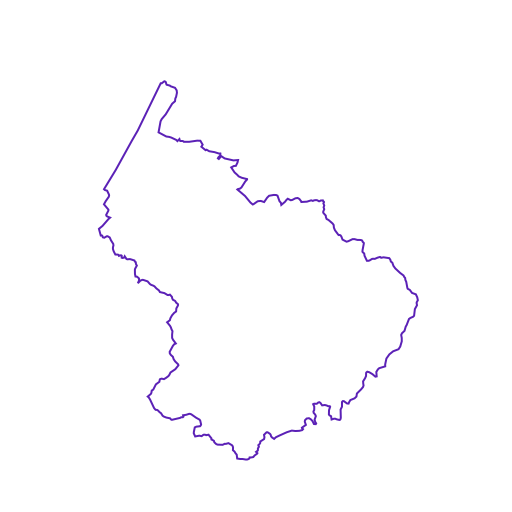 outline of Quang Ninh, Quảng Bình, Vietnam, rotated 254°
{"feature_id": "81297802B18152468964479", "entity_name": "Quang Ninh", "entity_type": "district", "adm_level": 2, "iso_a3": "VNM", "parent_name": "Vietnam", "parent_adm1": "Quảng Bình", "projection": "albers", "projection_center": [106.503, 17.253], "detail": "fine", "context": "isolated", "style": "outline", "palette": "violet", "viewbox_px": 512, "rotation_deg": 254, "n_neighbors": 0, "source": "geoboundaries", "source_scale": "gbopen_adm2", "svg_char_len": 6039}
<svg xmlns="http://www.w3.org/2000/svg" viewBox="0 0 512 512"><g transform="rotate(254 256 256)"><path d="M75.2,223.0L76.3,225.2L77.0,229.3L78.1,237.0L78.3,242.3L76.9,245.6L76.0,249.5L75.9,252.4L76.6,253.5L77.8,252.8L78.3,252.8L79.9,257.4L83.2,257.2L84.6,257.8L85.8,259.9L85.5,262.2L83.9,263.7L81.8,264.8L78.5,265.4L77.9,267.1L78.5,267.7L80.2,267.2L82.5,267.2L85.6,269.4L87.2,269.2L89.4,268.2L90.8,268.4L91.9,269.5L95.2,270.5L97.8,270.1L98.0,271.2L97.3,273.2L97.3,274.0L98.0,275.4L98.0,276.6L97.1,277.4L94.2,278.4L93.8,281.1L92.8,282.8L91.7,284.0L91.3,285.5L90.6,285.7L87.7,283.7L83.6,282.4L82.6,282.7L81.3,284.0L78.0,283.6L78.1,286.1L77.8,287.2L76.6,288.8L75.4,291.0L75.4,291.6L76.1,292.4L77.4,293.0L85.1,295.0L87.4,297.1L91.9,298.4L92.6,299.4L92.3,300.4L89.1,302.9L88.6,304.3L89.8,305.2L91.5,307.0L92.0,311.5L93.2,313.8L96.0,315.1L98.8,320.2L100.5,322.7L101.9,323.7L103.7,323.9L106.0,324.4L108.5,327.2L110.3,328.7L113.2,329.6L113.7,330.1L114.1,331.1L113.0,332.9L110.3,335.4L107.1,337.5L107.0,338.8L111.4,339.7L112.2,340.6L113.4,341.9L114.2,343.5L114.3,349.8L116.2,350.3L121.5,353.1L124.7,357.1L126.6,361.6L127.1,367.3L129.2,369.7L133.8,372.6L137.0,373.5L140.1,373.8L141.5,375.0L143.1,378.1L146.9,380.5L148.0,381.7L153.3,385.7L153.9,387.4L154.3,390.3L155.0,391.5L161.2,394.1L164.3,397.2L166.4,397.4L167.2,397.7L168.9,399.4L171.9,399.6L175.1,399.1L177.5,395.8L181.0,394.5L182.7,392.8L183.6,392.7L189.8,393.3L191.8,393.0L193.8,393.3L195.3,392.6L196.5,392.5L200.1,389.8L205.6,386.5L208.6,385.4L212.0,385.2L213.5,384.1L215.4,384.1L217.2,383.5L219.6,378.2L219.8,375.8L220.6,375.3L220.9,374.9L220.9,372.4L220.5,369.4L221.1,367.7L221.2,366.7L220.4,363.9L220.4,362.7L220.8,361.3L226.3,360.4L228.6,360.7L230.3,359.6L230.8,359.5L232.4,360.1L238.3,363.1L239.0,363.2L240.1,362.5L241.6,362.3L242.5,361.2L243.5,357.9L245.1,355.3L245.6,353.5L244.8,348.9L244.8,347.0L247.9,343.7L251.3,343.4L252.6,342.9L253.2,342.1L253.3,341.3L253.7,341.0L259.0,339.0L261.8,338.7L264.4,339.2L266.1,338.6L270.7,335.6L272.1,334.1L274.0,333.9L275.6,334.2L278.7,332.7L279.4,332.6L280.2,332.9L282.2,334.5L284.2,334.4L285.7,335.5L288.1,335.3L289.0,336.2L289.5,336.2L290.3,335.6L291.0,335.6L291.5,333.6L291.2,332.4L291.2,331.7L292.7,330.2L293.2,329.1L293.5,327.2L293.3,325.8L294.3,324.4L294.2,319.9L295.4,314.5L296.1,314.5L298.9,313.4L300.3,312.0L300.6,309.7L299.9,306.4L300.0,304.8L302.3,302.3L301.5,300.7L300.1,298.8L298.1,294.4L300.3,294.6L302.1,293.7L308.1,293.3L309.1,292.1L309.8,289.9L310.3,285.2L309.0,282.8L305.6,278.7L307.6,275.8L308.1,273.2L308.1,272.5L306.5,267.9L306.4,267.1L308.9,265.4L316.7,262.0L325.1,256.4L325.3,256.9L325.2,259.2L325.9,260.9L330.6,266.2L332.0,268.5L332.4,268.6L335.1,263.9L337.3,261.3L339.1,260.4L342.3,258.4L348.0,256.6L348.6,259.6L348.2,261.5L351.0,264.0L353.2,265.2L354.1,260.7L358.4,252.8L361.6,250.1L359.5,247.0L360.4,246.3L361.3,247.2L362.5,249.5L364.4,250.0L364.5,249.8L364.4,249.1L367.3,244.7L369.6,239.9L371.8,237.8L371.6,236.7L376.1,233.6L377.7,235.4L382.1,234.3L383.1,231.2L384.2,223.2L385.7,218.1L386.2,217.9L386.8,217.0L387.4,215.0L387.9,214.6L389.5,214.6L388.1,212.1L389.5,211.4L393.2,207.2L394.4,205.4L395.6,202.7L401.7,196.4L411.8,201.4L413.6,203.1L417.1,208.3L425.5,217.4L427.1,220.8L429.7,221.9L430.9,223.0L434.7,225.0L437.1,225.4L440.0,224.5L442.7,220.7L443.6,220.1L445.2,217.4L445.5,217.2L448.1,217.2L449.1,216.4L449.2,216.0L448.0,213.0L448.3,212.0L409.2,176.9L400.7,168.1L377.3,144.8L362.1,128.3L361.1,128.9L359.8,130.9L355.5,131.6L354.7,131.5L353.5,130.8L350.1,126.6L347.6,124.1L341.3,126.9L340.3,126.6L336.8,123.3L335.9,123.3L335.0,123.9L333.1,126.3L332.2,124.4L327.2,116.7L325.4,112.5L318.5,112.4L318.4,113.3L317.9,113.8L316.2,113.9L315.4,115.2L316.1,118.0L315.9,118.8L314.1,120.5L311.1,120.9L307.0,122.1L305.5,121.9L303.8,120.9L302.2,120.4L299.7,120.5L296.2,121.2L295.4,123.6L294.9,124.2L293.9,124.3L294.0,125.9L293.8,126.6L293.3,127.0L291.4,126.4L290.9,127.1L290.8,128.8L291.9,129.7L288.8,130.7L288.3,131.4L287.8,133.9L287.4,134.6L285.2,137.9L283.9,138.1L283.2,138.7L281.4,138.4L279.6,138.8L277.1,136.3L276.2,135.8L272.1,134.7L269.5,134.5L269.0,135.8L267.2,137.1L266.5,137.3L264.8,136.9L262.4,134.9L264.2,138.1L264.4,140.1L264.1,141.0L261.5,144.8L258.3,146.3L257.0,147.4L256.3,148.5L254.9,150.0L252.3,151.3L249.7,153.2L247.8,153.7L245.6,157.7L242.9,160.2L242.6,161.0L242.6,162.6L240.0,163.9L238.2,163.8L236.8,164.1L235.3,165.7L234.5,166.1L233.3,166.3L231.2,167.7L230.4,167.6L229.7,167.1L227.6,165.0L224.7,163.9L223.9,161.7L222.1,158.9L219.7,156.5L218.0,155.5L216.8,152.3L212.6,154.1L210.8,154.5L208.6,154.6L206.8,155.0L203.6,153.7L200.4,152.8L198.5,153.1L194.0,154.8L193.7,153.0L192.5,151.3L187.7,146.6L186.1,146.3L184.3,146.9L182.1,148.3L179.4,148.4L178.0,148.9L177.0,149.2L173.3,151.3L172.3,151.3L169.4,147.2L167.6,141.7L165.7,140.0L164.7,138.7L163.7,136.1L163.0,133.6L164.1,131.5L164.1,129.9L163.8,129.5L161.7,128.4L160.2,124.4L155.9,120.4L155.4,118.7L153.3,117.7L152.4,116.9L150.7,113.2L149.7,113.9L147.2,114.6L138.0,116.1L137.0,116.5L135.8,117.1L135.3,118.5L134.5,119.2L132.4,120.3L131.0,121.4L128.2,122.2L127.0,123.2L125.4,125.3L123.7,128.6L122.1,129.4L121.7,130.0L121.3,138.4L121.6,139.6L121.2,141.2L121.6,142.0L123.0,142.0L122.6,145.1L122.7,148.3L122.3,149.3L121.6,150.2L117.0,153.9L114.3,156.6L113.2,157.0L109.2,156.8L108.4,156.2L107.8,155.3L108.4,151.6L108.1,149.9L103.9,147.7L102.7,147.3L99.3,147.8L98.9,152.0L97.8,154.1L98.5,155.8L98.6,156.8L97.9,158.4L97.5,158.7L97.3,161.1L93.0,162.9L91.9,162.6L90.3,164.3L89.9,164.6L88.4,164.6L86.2,165.9L85.3,167.0L83.7,171.9L84.1,174.1L83.7,175.3L83.7,177.9L83.3,178.3L80.8,180.7L79.5,181.2L78.1,181.1L75.7,180.3L73.8,181.5L72.1,181.9L70.4,182.7L66.5,182.1L65.2,184.9L64.6,187.1L63.1,190.2L62.8,191.5L62.9,193.0L63.3,193.9L64.1,194.3L63.6,196.4L63.5,198.0L64.6,199.6L65.7,202.6L66.1,203.0L67.7,202.1L68.4,203.9L68.8,204.3L70.5,204.8L71.8,206.2L73.5,206.1L74.0,207.2L75.1,208.5L76.5,209.0L77.8,213.3L79.5,214.2L81.9,214.4L83.6,217.5L83.5,218.2L83.1,218.8L81.2,220.4L80.2,220.8L78.5,220.8L77.3,221.3L75.2,223.0Z" fill="none" stroke="#5b21b6" stroke-width="2"/></g></svg>